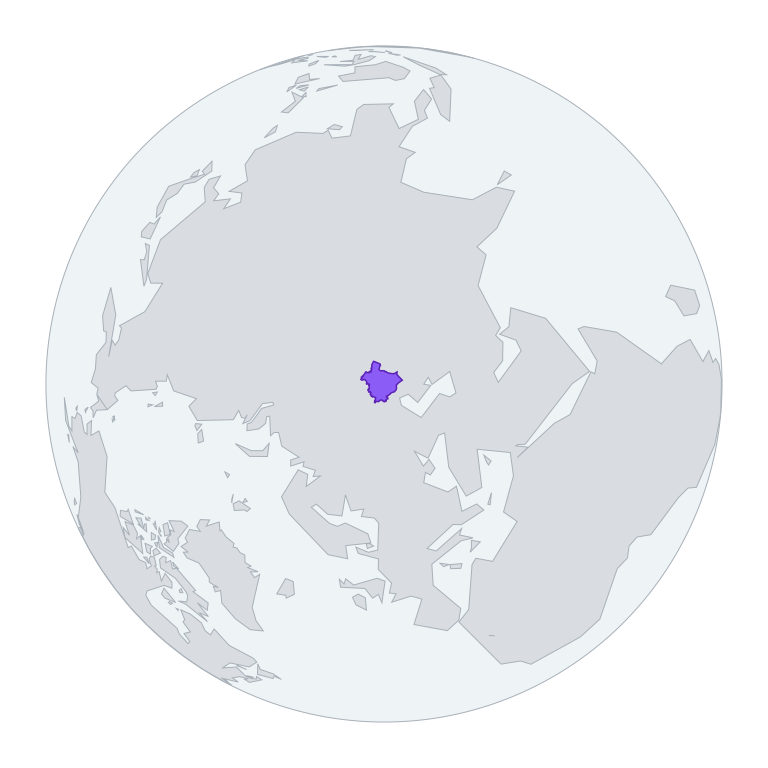 Aqtöbe on an orthographic globe, rotated 243°
{"feature_id": "KAZ-3195", "entity_name": "Aqtöbe", "entity_type": "Region", "adm_level": 1, "iso_a3": "KAZ", "parent_name": "Kazakhstan", "parent_adm1": "", "projection": "orthographic", "projection_center": [57.897, 48.229], "detail": "fine", "context": "on_globe", "style": "filled", "palette": "violet", "viewbox_px": 768, "rotation_deg": 243, "n_neighbors": 0, "source": "natural_earth", "source_scale": "10m", "svg_char_len": 14808}
<svg xmlns="http://www.w3.org/2000/svg" viewBox="0 0 768 768"><g transform="rotate(243 384 384)"><circle cx="384" cy="384" r="338" fill="#eef3f6" stroke="#a8b0b8"/><path d="M394.3,46.2L394.2,48.4L385.9,47.5L386.9,48.8L397.2,50.2L403.8,51.0L421.0,62.6L453.5,76.2L469.6,78.4L461.5,80.2L496.0,83.8L517.3,93.1L489.5,84.1L483.9,84.6L496.6,91.1L493.6,93.1L498.0,97.7L493.2,99.7L477.3,95.1L473.9,96.5L483.1,101.2L484.2,106.8L471.2,99.5L471.6,108.7L445.1,104.3L414.3,86.1L395.9,88.1L354.3,81.8L354.4,85.3L338.7,86.1L333.0,90.6L326.9,88.9L327.6,94.2L334.2,95.0L336.7,97.7L334.0,100.7L325.7,98.7L325.9,96.9L322.1,97.9L319.1,95.8L319.0,98.5L309.4,96.2L314.7,103.0L303.5,105.0L298.3,102.3L304.4,96.7L307.2,78.9L303.7,75.8L292.7,76.2L260.3,88.7L254.2,88.1L241.8,91.6L242.6,94.1L252.5,92.5L251.0,98.9L263.3,96.9L264.5,99.5L275.0,100.4L267.3,106.8L254.3,112.8L245.2,112.6L239.2,115.5L242.9,121.4L221.3,127.4L198.9,143.1L194.0,144.4L193.1,135.5L205.4,120.1L204.3,111.3L198.8,124.0L186.6,128.1L182.0,132.0L179.1,136.2L181.3,137.6L175.9,140.8L179.2,128.7L184.2,125.6L183.1,129.2L188.8,122.4L191.0,115.5L184.6,118.8L194.6,107.1L190.2,109.6L189.9,108.8L196.3,105.5L185.0,111.6L191.1,106.6L211.2,93.6L232.2,82.1L254.0,72.1L276.4,63.7L299.4,56.8L322.8,51.7L346.5,48.2L370.3,46.4L394.3,46.2ZM407.3,51.2L397.8,50.1L389.5,48.5L397.8,49.0L407.3,51.2ZM422.5,56.4L417.2,56.0L416.7,53.6L419.9,54.5L422.5,56.4ZM481.8,80.0L474.7,77.0L482.7,79.3L481.8,80.0ZM499.4,98.0L502.4,98.4L503.4,100.7L499.4,98.0ZM278.4,97.0L276.7,98.6L275.6,97.6L278.4,97.0ZM284.6,96.0L284.6,93.5L287.5,92.7L287.5,94.2L284.6,96.0ZM497.1,106.0L497.7,109.9L494.3,105.1L497.1,106.0ZM283.9,99.2L292.7,91.6L297.9,90.4L302.0,95.2L283.9,99.2ZM496.3,111.7L498.2,122.0L505.1,123.4L486.8,125.8L491.2,115.9L485.9,109.5L492.3,112.5L496.3,111.7ZM337.5,94.0L330.3,93.2L338.9,91.2L337.5,94.0ZM342.4,92.1L365.1,83.4L374.4,86.5L364.9,88.5L379.0,90.8L372.3,96.5L363.1,96.6L358.4,93.3L359.5,98.1L342.4,92.1ZM476.3,125.9L474.4,127.9L473.4,124.9L476.3,125.9ZM338.4,98.7L342.2,96.4L350.5,98.8L344.5,103.9L343.7,101.4L338.4,98.7ZM385.9,88.8L391.0,91.8L387.0,97.2L388.5,99.2L373.0,97.0L385.9,88.8ZM340.4,102.4L341.2,106.4L334.8,108.1L335.3,101.1L340.4,102.4ZM355.2,97.5L358.8,99.0L354.8,99.7L355.2,97.5ZM312.4,117.1L316.7,113.9L321.4,114.8L312.4,117.1ZM341.9,107.8L344.1,107.3L346.5,107.4L345.6,110.4L341.9,107.8ZM371.2,101.1L368.5,102.9L377.4,102.2L374.8,106.6L364.9,104.5L368.0,107.3L367.3,108.6L360.1,105.5L371.2,101.1ZM351.8,113.9L338.4,113.4L329.3,118.9L324.9,118.1L340.2,109.5L351.8,113.9ZM357.3,109.2L352.9,111.9L349.6,109.3L350.6,105.9L357.3,109.2ZM376.6,110.5L383.1,104.3L385.1,105.0L376.6,110.5ZM349.9,116.0L353.2,116.1L349.6,116.6L349.9,116.0ZM369.1,112.6L371.1,110.2L373.3,111.1L369.1,112.6ZM358.0,118.5L353.7,118.2L354.2,115.8L358.0,118.5ZM363.6,116.2L366.1,118.0L357.0,115.1L364.2,114.9L363.6,116.2ZM370.8,113.8L372.7,113.5L369.6,114.7L370.8,113.8ZM358.6,128.2L347.0,125.2L348.1,119.7L359.2,123.3L358.6,128.2ZM69.5,444.3L67.6,387.7L75.2,379.9L81.3,361.1L137.9,342.7L144.6,357.1L183.2,380.5L187.0,386.8L176.7,400.2L201.1,440.2L215.7,432.4L243.5,457.7L265.6,465.4L283.6,437.4L247.4,424.2L246.8,406.4L280.4,403.9L312.8,415.8L313.6,409.3L297.9,389.6L310.2,380.6L293.0,381.8L296.4,389.9L285.7,391.2L281.9,383.9L286.4,380.8L278.0,374.6L258.7,392.0L260.1,402.2L235.1,395.6L235.0,412.2L226.4,415.7L223.5,389.1L227.5,381.7L217.9,347.7L211.5,354.7L220.0,387.6L215.2,382.7L206.5,393.5L209.3,381.4L201.7,344.8L182.3,336.4L149.2,350.5L139.7,343.6L135.5,328.4L156.1,301.5L175.1,320.1L182.7,311.9L186.1,291.8L191.6,299.5L195.3,293.9L203.2,300.3L221.5,294.7L230.6,299.7L244.8,284.1L251.4,284.9L241.1,293.7L238.9,303.0L262.3,316.1L268.9,314.6L276.2,303.7L281.8,309.2L285.8,297.0L302.7,299.3L285.5,286.6L293.6,274.6L307.6,269.3L307.2,263.3L284.4,272.2L278.2,278.0L277.7,286.4L257.9,301.6L248.3,300.2L257.4,276.5L244.8,272.3L257.3,256.7L311.1,240.6L330.0,241.5L346.5,268.6L338.1,275.0L328.0,268.2L330.9,285.7L333.7,278.8L338.3,283.7L347.3,274.4L351.0,277.5L353.2,263.6L358.7,266.4L357.2,275.1L375.1,264.7L388.5,268.1L390.7,264.3L389.4,259.4L407.2,267.6L408.1,264.5L402.6,260.6L400.8,252.1L404.6,240.6L410.5,244.0L410.0,248.6L417.8,263.9L415.4,276.3L418.2,276.6L421.7,266.8L412.2,248.0L412.8,240.2L418.6,248.2L416.5,244.6L418.7,241.9L426.4,242.5L420.6,233.5L436.2,201.1L452.7,200.0L456.1,210.2L473.3,193.5L490.6,195.1L485.4,191.3L490.2,181.7L484.9,181.0L482.8,178.5L492.7,155.4L499.6,153.3L498.1,140.4L495.5,138.7L490.2,139.4L486.8,125.8L505.1,123.4L510.1,127.4L518.2,123.8L528.5,133.8L540.7,141.0L547.3,155.2L556.5,160.2L558.6,158.3L572.6,164.3L594.1,184.5L567.4,176.4L533.3,151.1L546.4,161.7L540.7,162.1L543.7,167.8L553.2,175.6L556.0,174.7L557.0,203.8L574.3,232.4L579.8,222.0L589.6,223.6L614.1,250.5L627.5,307.5L640.7,313.0L645.8,321.1L643.6,332.8L636.2,321.2L628.4,323.1L624.6,315.3L618.7,331.2L612.9,320.7L611.1,338.9L618.7,344.1L626.0,333.4L627.0,354.6L642.5,359.7L651.1,375.6L648.2,420.0L634.9,443.5L635.5,449.5L626.7,449.2L620.3,466.7L641.0,484.5L642.3,492.8L629.4,519.5L628.2,514.0L604.8,513.4L604.2,534.7L622.1,539.5L628.4,552.9L616.3,555.8L609.5,544.2L601.2,543.5L600.7,526.1L588.6,505.1L576.2,517.0L574.6,506.3L556.1,490.6L536.8,506.5L508.0,546.4L508.3,573.5L496.5,587.9L471.6,555.3L464.0,529.0L452.7,533.6L429.0,512.5L381.3,513.2L376.6,505.5L367.2,508.9L350.8,500.2L344.4,486.9L333.6,486.6L351.2,521.3L363.1,521.5L375.9,509.6L378.3,521.3L394.4,531.6L369.2,557.8L301.9,572.9L298.9,551.8L266.2,482.4L269.2,475.9L269.2,475.1L269.0,473.5L262.4,483.5L257.9,469.3L271.6,517.8L272.3,536.0L300.9,573.9L297.4,576.4L307.6,584.4L344.9,581.9L344.4,588.4L324.6,614.8L276.0,640.3L284.6,662.3L284.7,677.0L259.2,678.3L266.3,688.6L253.8,686.9L256.2,691.1L248.9,691.2L235.0,686.8L206.0,671.2L200.4,667.3L180.0,651.4L150.1,615.5L153.3,607.5L149.1,594.8L128.6,553.3L132.8,540.0L128.3,528.7L118.5,522.0L113.7,508.2L108.2,502.4L76.5,469.6L69.5,444.3ZM112.4,363.2L109.4,368.3L112.4,363.2ZM343.5,444.1L365.3,448.2L361.8,426.5L369.9,426.5L365.8,419.4L361.5,425.0L352.2,405.7L363.9,400.9L364.4,391.5L357.1,389.8L337.2,401.9L350.3,429.2L342.6,436.8L343.5,444.1ZM186.4,128.8L186.0,129.9L182.2,134.3L182.2,132.5L186.4,128.8ZM176.0,153.7L167.4,158.4L173.6,153.5L171.9,151.5L182.7,139.4L192.0,144.5L185.9,144.1L176.0,153.7ZM199.8,125.6L191.8,132.1L200.2,124.8L199.8,125.6ZM208.3,259.1L208.5,265.7L202.0,270.3L190.5,265.7L199.9,258.8L208.3,259.1ZM210.5,274.1L222.7,253.0L230.3,255.6L224.0,257.6L227.8,261.4L218.6,265.8L214.0,289.7L207.9,295.5L190.0,282.8L199.2,283.4L198.3,276.7L210.5,274.1ZM240.4,200.5L245.7,193.1L255.3,208.1L249.2,213.4L237.3,208.7L237.6,199.7L240.4,200.5ZM289.4,110.0L290.8,107.4L293.1,107.8L293.8,110.3L289.4,110.0ZM314.0,115.5L285.5,122.4L285.7,119.6L268.7,127.9L262.6,123.8L273.8,118.4L256.5,122.0L264.1,115.5L252.3,118.9L277.8,107.4L284.0,102.3L279.4,109.4L284.8,113.1L289.1,113.2L305.6,109.9L321.6,101.4L329.5,104.3L330.9,108.7L328.2,111.2L323.9,108.3L323.5,113.7L315.2,111.6L314.0,115.5ZM342.0,166.9L338.1,161.1L335.9,174.5L327.6,171.2L327.9,172.9L319.6,173.8L310.0,178.0L307.1,175.5L304.7,178.4L299.1,179.2L294.8,182.3L288.0,179.1L282.1,182.8L282.3,179.2L273.9,186.6L277.1,179.8L270.3,180.7L270.8,186.8L244.9,165.2L231.6,162.5L218.8,164.3L225.9,153.2L242.5,144.9L262.4,140.1L274.2,144.7L275.3,139.3L281.3,140.0L277.9,144.0L286.6,138.4L290.6,140.2L308.4,137.9L318.5,129.5L325.2,128.8L323.3,133.0L331.3,129.4L332.2,137.1L337.0,136.9L342.7,144.6L336.1,153.4L342.1,152.6L346.6,158.8L342.0,166.9ZM359.8,130.5L353.8,141.1L346.4,144.7L339.6,129.9L335.1,129.0L330.5,120.3L341.4,115.5L341.7,118.3L344.6,120.0L340.0,120.8L345.8,121.5L346.4,125.6L351.0,127.3L347.8,130.1L359.8,130.5ZM195.0,384.4L198.6,387.7L205.1,390.9L199.7,398.1L195.0,384.4ZM189.2,359.5L193.1,360.9L188.6,371.9L184.9,368.8L189.2,359.5ZM198.9,352.5L193.6,360.1L194.2,354.1L198.9,352.5ZM245.0,294.5L249.6,295.6L248.6,298.5L244.3,301.3L245.0,294.5ZM333.6,208.4L332.6,203.8L334.8,203.0L339.3,193.2L345.8,195.2L345.6,201.9L333.6,208.4ZM275.3,440.7L266.8,444.5L264.4,440.4L267.8,439.9L275.3,440.7ZM229.8,421.9L238.4,430.4L228.2,423.8L229.8,421.9ZM341.4,208.9L342.5,204.5L345.1,208.3L341.4,208.9ZM350.7,196.2L354.4,199.8L347.1,194.3L350.7,196.2ZM341.9,684.3L326.6,703.4L310.6,700.9L304.8,694.5L308.5,682.2L326.1,680.8L334.0,674.6L341.9,684.3ZM675.6,541.6L680.2,536.1L679.8,537.3L675.6,541.6ZM671.1,544.8L676.8,538.0L669.6,548.1L671.1,544.8ZM678.9,535.3L684.7,526.0L687.2,521.1L686.4,523.7L678.9,535.3ZM666.9,549.6L641.9,573.7L631.2,580.0L634.4,574.4L651.7,560.5L666.9,549.6ZM633.5,575.0L616.3,577.6L588.3,561.8L598.4,556.8L626.8,558.8L625.2,563.3L635.6,563.7L633.5,575.0ZM672.5,520.9L670.6,532.0L657.5,544.9L651.1,549.3L646.8,540.8L649.3,532.0L654.7,527.4L672.2,484.8L679.0,483.3L674.4,499.3L679.8,502.2L672.5,520.9ZM510.1,575.4L519.2,587.8L512.4,592.3L510.1,575.4ZM676.8,459.9L671.4,478.6L675.5,457.1L676.8,459.9ZM677.6,441.9L679.2,446.8L675.3,445.0L677.6,441.9ZM637.8,457.4L632.2,463.7L630.8,459.8L637.1,449.5L637.8,457.4ZM657.7,389.1L662.3,401.3L662.8,406.4L658.0,401.7L657.7,389.1ZM398.4,224.4L384.9,235.4L379.6,245.7L383.3,254.7L372.3,247.2L380.6,231.3L398.4,224.4ZM430.9,203.4L427.5,196.2L432.7,196.6L434.2,198.3L430.9,203.4ZM426.2,200.9L415.1,197.4L415.7,191.7L424.3,195.5L426.2,200.9ZM377.9,202.3L373.5,205.3L371.5,202.1L377.9,202.3ZM633.3,612.2L633.9,611.5L636.1,609.0L642.4,600.8L667.4,567.7L687.2,531.7L694.0,518.5L703.4,493.7L706.3,485.5L698.1,508.7L688.2,531.1L676.7,552.8L663.7,573.7L649.2,593.5L633.3,612.2ZM686.7,526.6L694.0,510.2L697.0,504.4L686.7,526.6ZM713.4,459.2L712.9,461.4L714.8,452.8L715.3,448.6L709.7,464.8L708.6,464.1L711.3,454.5L706.5,462.9L712.0,447.7L713.4,451.4L716.2,436.4L719.1,424.4L720.4,415.9L713.4,459.2ZM710.3,467.8L711.1,465.5L709.9,470.2L710.3,467.8ZM699.2,486.0L698.7,489.1L697.0,490.4L699.2,486.0ZM701.6,480.3L706.3,472.9L701.0,483.4L701.6,480.3ZM683.2,500.3L685.1,503.8L691.3,491.2L686.5,503.4L689.9,507.4L688.1,513.2L685.0,508.3L682.4,521.4L679.6,524.9L678.8,517.5L682.2,502.0L685.0,493.3L695.7,475.5L683.2,500.3ZM701.9,472.9L700.5,468.3L701.4,461.4L703.0,462.5L701.9,472.9ZM694.7,458.1L689.1,456.0L685.4,465.3L691.7,440.8L696.2,446.9L694.7,458.1ZM688.0,444.4L684.6,453.0L687.2,440.0L688.0,444.4ZM683.0,451.4L681.2,445.8L684.6,442.3L683.0,451.4ZM690.0,441.7L688.4,430.0L691.3,434.0L690.0,441.7ZM676.2,433.4L685.8,434.5L675.6,442.2L669.1,421.7L672.9,416.1L676.2,433.4ZM658.8,316.8L654.4,311.9L656.2,305.5L658.7,310.7L658.8,316.8ZM657.9,281.9L655.2,302.2L652.4,319.4L656.1,318.7L660.6,331.9L651.9,327.2L649.6,307.6L652.8,296.6L647.7,286.4L646.6,273.9L638.2,264.3L635.9,256.7L644.5,262.2L657.9,281.9ZM634.4,260.7L619.4,241.5L625.3,234.6L629.9,237.3L634.3,248.8L630.9,251.7L634.4,260.7ZM617.5,235.1L614.0,237.9L584.8,219.8L580.1,214.5L605.4,223.5L603.6,226.9L609.7,232.8L617.5,235.1ZM478.0,129.2L474.8,128.0L478.0,127.4L478.0,129.2ZM479.8,178.4L477.5,174.9L481.3,173.9L479.8,178.4ZM473.2,164.9L470.4,168.4L470.9,163.3L473.2,164.9ZM464.7,176.7L468.1,169.1L468.4,178.4L464.7,176.7Z" fill="#d9dde1" stroke="#a8b0b8" stroke-width="1"/><path d="M388.8,401.1L388.4,400.9L387.9,400.5L387.5,400.2L387.2,400.1L386.8,399.8L386.7,399.7L386.3,399.8L386.0,399.9L385.8,400.0L385.5,400.1L385.3,400.1L385.1,400.2L384.8,400.3L384.6,400.3L384.3,400.4L383.8,400.6L383.3,400.7L382.8,400.9L382.3,401.0L381.9,401.2L381.5,401.3L381.1,401.4L380.7,401.5L380.3,401.7L379.9,401.8L379.5,401.9L379.1,402.0L378.4,397.4L378.2,396.6L378.0,396.2L377.9,395.8L377.8,395.5L377.5,395.0L377.4,394.4L374.3,393.1L373.5,392.3L373.0,391.5L372.7,390.6L372.4,390.1L372.4,389.3L372.8,387.2L372.8,386.5L372.5,385.1L372.1,384.6L372.1,383.9L372.0,383.2L371.9,382.6L372.0,381.8L372.1,381.7L372.1,381.4L372.0,380.7L371.6,380.7L371.4,380.5L371.3,380.3L371.1,380.3L370.8,380.7L370.5,381.2L369.1,380.8L369.2,380.6L369.2,380.3L369.2,379.7L369.1,379.0L368.9,378.3L368.6,378.7L368.4,378.6L368.4,378.4L368.0,378.2L367.7,377.9L367.8,377.3L368.0,376.7L368.0,376.3L368.2,376.2L368.4,375.9L368.6,375.7L369.0,375.6L369.1,375.4L369.3,375.4L369.8,375.5L370.2,375.3L370.3,375.0L370.4,374.8L370.7,374.6L370.9,374.4L371.0,374.0L371.2,373.7L371.2,373.4L371.3,373.1L371.2,372.9L371.1,372.7L370.9,372.4L371.0,371.8L370.8,371.1L371.1,370.9L371.2,370.6L371.4,370.2L371.5,370.2L371.8,369.9L371.9,369.6L371.8,369.1L371.9,368.8L371.9,368.7L371.9,368.4L371.9,368.1L371.7,368.0L371.5,367.9L371.4,367.8L371.5,367.7L371.5,367.4L371.9,367.2L372.0,367.2L372.1,367.3L372.3,367.5L372.5,367.6L372.7,367.8L372.8,368.0L373.4,368.1L373.5,368.3L373.4,368.5L373.5,368.7L374.3,369.5L374.5,369.6L374.8,369.5L375.0,369.6L375.1,369.8L375.3,370.0L375.5,370.2L375.6,370.3L376.0,370.0L376.7,369.7L377.2,369.2L377.3,369.1L377.5,368.4L377.5,368.2L377.9,368.3L378.0,368.3L378.2,368.2L378.3,367.9L378.5,367.8L378.6,367.7L378.5,367.4L378.7,367.2L378.9,367.2L379.2,367.7L379.2,367.8L379.5,367.8L379.6,367.7L379.5,367.4L379.6,367.2L379.8,367.2L380.0,367.3L380.3,367.3L380.5,367.2L380.8,367.3L380.9,367.2L381.2,367.1L381.3,367.1L381.4,367.4L381.4,367.5L381.5,367.6L381.7,367.8L381.8,367.9L381.8,368.1L381.9,368.3L382.0,368.3L382.2,368.5L382.3,368.5L382.5,368.4L382.6,368.2L382.9,368.2L383.2,368.3L383.4,368.2L383.4,367.8L383.4,367.4L383.4,367.2L383.5,367.1L383.6,366.9L383.8,367.0L384.1,367.1L384.3,367.1L384.7,367.1L384.8,367.3L385.0,367.3L385.1,367.2L385.2,366.9L385.3,366.9L385.5,366.8L385.7,367.0L385.8,367.2L385.9,367.3L386.3,367.3L386.5,367.4L386.6,367.5L386.6,367.8L386.6,368.0L386.4,368.1L386.4,368.3L386.5,368.4L386.5,368.5L386.8,368.5L386.8,368.8L387.0,368.9L387.3,369.1L387.4,369.3L387.7,369.5L387.8,369.5L388.9,369.6L389.0,369.7L389.0,369.8L389.6,369.8L389.8,369.8L390.0,370.0L390.1,370.3L389.9,370.2L389.8,370.3L389.9,370.5L390.1,370.7L390.3,370.5L390.5,370.4L390.9,370.4L391.0,370.3L391.2,370.1L391.3,369.8L391.4,369.7L391.5,369.6L391.6,369.4L391.5,369.2L391.7,368.6L391.9,368.4L392.1,368.4L392.3,368.5L392.4,368.9L392.5,369.1L392.8,369.3L393.0,369.4L394.5,369.5L394.9,369.4L395.9,369.0L397.0,368.7L397.1,368.3L397.2,368.1L397.2,367.6L397.2,367.4L397.4,366.4L397.4,366.1L397.5,366.0L397.7,365.9L397.9,365.8L398.4,365.7L398.7,365.5L398.9,365.9L398.9,366.2L399.0,366.5L399.3,366.9L399.7,366.6L400.3,367.0L400.2,367.1L400.1,367.5L400.7,368.1L400.4,368.6L400.5,369.0L401.0,369.1L401.4,370.4L402.1,371.7L402.9,372.8L403.0,373.5L402.7,373.7L402.3,373.5L401.9,373.9L401.7,374.5L401.4,374.9L401.2,375.4L401.4,375.9L400.9,375.9L400.8,376.1L400.8,376.4L401.7,377.6L401.3,377.7L400.9,377.9L401.2,378.0L401.6,378.6L402.5,379.6L403.1,379.7L403.4,379.5L403.9,379.6L404.0,380.0L404.0,380.6L406.5,381.7L407.9,383.5L408.7,384.7L408.9,385.0L408.5,385.5L403.8,389.5L403.4,389.6L403.0,389.4L402.6,389.3L402.2,389.2L402.3,389.0L401.6,388.1L401.0,387.6L400.5,387.4L399.7,386.3L398.6,386.3L397.6,386.6L396.8,387.9L396.5,388.9L395.5,390.4L394.6,390.4L394.2,390.8L394.1,391.5L393.2,391.8L392.2,392.6L391.2,393.6L389.0,396.7L388.6,398.2L388.8,401.1Z" fill="#8b5cf6" stroke="#5b21b6" stroke-width="1.5"/></g></svg>